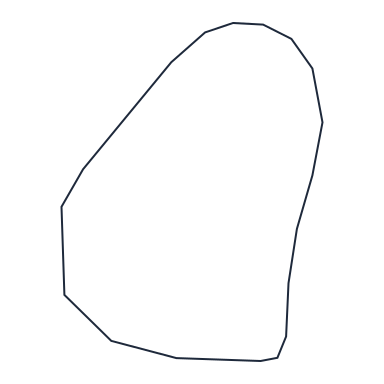 the border of Antipodes Islands
{"feature_id": "NZL-5477", "entity_name": "Antipodes Islands", "entity_type": "state/province", "adm_level": 1, "iso_a3": "NZL", "parent_name": "New Zealand", "parent_adm1": "", "projection": "mercator", "projection_center": [178.798, -49.668], "detail": "fine", "context": "isolated", "style": "outline", "palette": "slate", "viewbox_px": 384, "rotation_deg": 0, "n_neighbors": 0, "source": "natural_earth", "source_scale": "10m", "svg_char_len": 345}
<svg xmlns="http://www.w3.org/2000/svg" viewBox="0 0 384 384"><path d="M312.4,68.5L322.5,122.4L312.4,175.4L296.9,228.9L288.5,283.2L286.1,336.5L277.4,357.8L260.6,361.0L176.4,358.1L111.3,340.9L64.4,294.9L61.5,206.8L83.1,169.2L171.3,62.2L205.1,32.4L233.0,23.0L263.1,24.6L291.4,38.9L312.4,68.5Z" fill="none" stroke="#1e293b" stroke-width="2"/></svg>